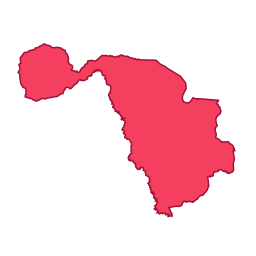 Chimichagua, Cesar, Colombia, rotated 174°
{"feature_id": "7082276B32164017339198", "entity_name": "Chimichagua", "entity_type": "district", "adm_level": 2, "iso_a3": "COL", "parent_name": "Colombia", "parent_adm1": "Cesar", "projection": "orthographic", "projection_center": [-73.748, 9.238], "detail": "fine", "context": "isolated", "style": "filled", "palette": "rose", "viewbox_px": 256, "rotation_deg": 174, "n_neighbors": 0, "source": "geoboundaries", "source_scale": "gbopen_adm2", "svg_char_len": 5849}
<svg xmlns="http://www.w3.org/2000/svg" viewBox="0 0 256 256"><g transform="rotate(174 128 128)"><path d="M29.4,73.1L28.0,74.1L27.3,75.4L27.1,81.9L26.3,83.2L25.3,87.0L25.7,89.3L25.8,94.1L25.4,94.8L25.0,93.9L24.5,94.2L25.0,95.0L24.5,95.0L24.8,95.4L24.5,96.0L24.5,96.8L25.2,97.8L25.5,99.4L27.0,101.0L26.7,101.3L27.2,101.1L28.5,101.8L29.1,103.3L30.5,104.0L33.4,104.0L35.0,104.3L36.6,104.1L37.7,106.1L40.1,108.2L41.9,109.2L40.8,112.4L41.8,116.9L41.4,117.1L41.1,118.8L39.1,121.1L39.9,124.6L39.6,128.1L37.9,130.5L34.6,133.0L33.8,135.2L34.3,137.0L34.4,139.2L35.7,139.8L35.9,142.0L36.6,142.2L37.3,143.0L36.6,144.4L35.6,145.0L35.1,146.1L54.9,149.8L55.2,149.5L55.5,149.7L56.0,149.5L56.2,149.9L58.0,150.1L59.8,151.2L60.3,151.2L62.4,148.6L64.8,146.7L66.4,146.7L69.2,147.8L70.1,148.6L70.8,150.7L70.8,152.3L70.1,155.0L66.0,161.2L66.0,166.7L69.8,173.0L71.1,174.5L82.6,183.2L84.7,185.3L89.6,188.4L92.2,191.7L93.3,192.5L109.5,194.6L110.4,195.5L111.5,194.7L112.7,195.4L113.1,196.0L114.1,196.3L115.0,196.1L116.3,197.1L119.3,197.8L119.4,198.4L120.2,198.6L120.5,199.2L121.8,199.5L123.5,199.3L123.8,199.8L125.6,200.5L125.8,200.9L126.6,200.8L127.5,201.4L128.1,200.9L128.9,200.9L129.8,200.0L131.0,200.5L132.2,199.9L133.6,199.9L135.2,200.5L135.9,201.2L136.8,201.1L137.9,202.0L139.5,201.3L141.5,202.2L142.9,202.5L144.7,202.4L146.2,202.9L153.2,198.0L155.3,198.4L157.3,199.2L159.1,198.9L160.5,199.1L161.2,198.5L161.7,196.4L163.1,196.0L164.8,194.8L165.0,193.4L166.7,193.1L167.7,192.4L169.1,190.8L169.6,189.6L171.0,188.5L172.0,188.6L173.0,189.4L173.0,189.9L173.8,189.2L174.3,189.3L175.5,190.6L178.2,191.2L178.1,191.8L177.0,193.2L176.7,195.4L177.5,196.5L178.9,197.1L180.2,198.7L180.5,201.3L179.9,203.0L179.9,204.6L180.9,207.9L182.0,209.4L182.5,211.9L183.8,212.4L184.3,213.0L184.9,212.9L186.2,214.5L189.6,215.6L194.8,215.7L196.9,217.8L199.4,218.8L200.7,219.0L201.3,219.9L203.3,220.4L204.9,219.2L207.0,218.7L209.2,217.4L212.1,217.2L212.5,215.8L214.5,215.7L216.1,215.3L218.0,215.4L219.6,214.0L222.8,213.9L223.7,213.6L224.3,212.4L225.2,211.9L225.3,211.4L227.5,209.5L228.0,208.0L227.9,204.7L227.5,204.1L227.8,203.4L229.1,203.2L229.9,202.3L229.1,199.7L229.2,198.4L229.9,196.6L231.1,195.6L231.5,194.7L230.0,192.8L230.3,188.2L229.9,183.6L229.4,181.8L228.2,179.5L226.1,178.3L225.3,176.9L226.1,172.4L226.6,171.7L227.0,169.7L222.4,167.7L221.0,167.4L219.7,166.1L216.4,164.3L212.8,165.2L211.1,166.4L206.8,165.6L205.5,166.1L194.7,166.9L191.1,169.0L189.1,169.0L187.9,171.9L186.3,173.1L186.1,174.1L185.5,174.8L183.8,174.8L182.5,174.2L181.9,173.2L180.4,173.3L177.6,175.8L177.3,176.5L175.4,177.0L173.8,178.3L171.9,180.6L170.5,181.1L169.9,180.4L169.1,180.4L168.7,179.8L168.0,180.0L167.1,179.8L164.3,180.5L163.0,181.4L163.0,182.3L162.2,183.4L161.3,183.8L159.8,183.5L159.9,183.9L158.6,184.2L158.3,185.8L157.1,187.0L155.7,187.0L155.7,187.6L155.1,187.7L155.1,188.5L154.6,188.0L154.5,188.3L154.1,188.2L153.6,188.6L153.2,188.4L152.7,189.0L152.4,188.8L152.4,187.9L151.7,188.6L151.4,188.4L150.8,188.8L150.5,188.1L150.0,188.2L149.8,187.7L149.4,187.9L148.9,187.6L148.4,186.8L148.7,186.3L148.0,185.3L148.1,184.2L147.4,182.8L146.2,182.9L146.2,182.4L145.7,182.3L145.3,181.7L145.1,180.6L146.0,179.5L144.8,178.2L144.8,177.1L144.4,176.2L144.9,175.5L144.4,173.4L142.8,173.1L141.2,171.5L140.6,170.0L142.1,165.5L141.8,165.3L143.1,164.6L143.9,162.5L143.5,161.7L143.0,159.3L142.6,158.9L142.9,157.9L141.7,156.7L141.6,156.1L141.2,156.0L141.5,155.8L141.2,154.4L141.5,153.5L140.4,153.4L139.9,152.4L139.7,151.6L140.9,151.1L141.0,150.3L138.9,148.4L138.7,147.4L139.1,146.7L138.2,146.2L139.4,145.5L138.5,145.9L137.7,145.6L136.7,144.6L136.1,144.8L135.9,145.4L135.5,145.3L135.3,143.8L135.9,143.4L134.4,142.3L133.9,140.4L133.3,140.4L133.0,139.1L131.2,138.1L133.5,138.0L133.8,137.7L133.7,137.1L133.3,136.7L131.8,136.7L130.2,135.2L131.0,131.7L131.7,131.2L131.9,129.7L132.7,129.2L134.1,126.9L133.8,126.4L132.6,126.2L132.2,125.7L132.0,124.6L133.0,124.0L132.8,122.7L132.0,122.6L131.2,121.8L132.0,120.1L132.1,118.8L131.9,118.5L130.8,118.6L130.1,116.8L128.7,117.0L127.4,115.4L126.9,113.8L126.3,113.3L126.2,112.4L126.4,109.5L127.0,109.3L126.8,107.5L127.5,105.0L126.8,102.9L128.9,101.6L129.1,100.2L130.2,100.1L130.3,99.1L130.9,98.4L130.7,97.1L130.1,97.2L129.8,96.9L130.6,96.3L130.4,95.9L129.7,96.0L129.0,95.0L127.4,95.4L127.0,94.7L126.3,94.5L126.2,93.5L125.4,92.4L124.3,92.0L124.1,91.3L124.6,90.7L124.6,89.8L124.1,89.2L124.2,88.1L122.7,85.8L121.4,85.8L120.9,86.2L120.4,85.8L120.1,87.1L119.7,86.7L118.8,87.5L118.0,87.1L117.3,87.2L116.8,86.7L117.2,84.3L115.2,83.2L115.5,81.3L115.0,80.4L115.2,79.1L113.6,78.2L111.8,76.3L111.8,74.9L112.3,74.4L112.2,73.4L111.7,73.3L111.7,73.0L112.2,72.0L113.4,71.6L113.9,70.9L113.1,70.4L113.3,69.6L113.1,68.8L111.8,68.0L112.6,66.8L111.5,66.0L112.2,64.6L111.4,63.8L111.9,61.8L110.6,61.7L111.0,60.6L110.8,60.3L109.6,61.2L109.1,60.6L109.0,59.8L109.8,59.2L109.3,57.9L109.8,56.1L108.6,55.8L108.8,54.7L107.0,54.4L108.2,52.5L107.0,52.7L107.2,51.5L106.5,50.5L107.9,49.2L108.0,48.2L109.5,47.8L109.5,46.9L108.9,45.6L110.3,44.8L109.4,43.7L108.1,44.3L107.7,43.2L106.8,42.5L108.2,40.8L106.9,40.6L105.7,39.2L103.9,40.2L102.8,39.2L100.2,39.8L99.7,37.8L96.7,38.2L96.7,37.5L97.6,36.3L97.3,35.7L94.5,36.3L93.5,35.6L93.1,37.7L94.5,40.7L95.0,43.3L95.5,43.6L95.8,44.7L87.4,45.2L86.8,44.8L84.3,44.8L83.7,45.4L82.6,45.5L82.2,46.9L81.5,47.5L81.6,48.0L79.7,49.3L79.0,49.2L78.1,48.2L76.3,48.6L74.9,48.4L74.1,48.7L72.8,47.9L71.7,48.0L71.4,47.5L70.9,47.4L70.5,48.1L68.5,48.8L67.7,50.2L66.4,50.0L64.4,52.5L62.6,53.3L60.4,53.4L55.9,57.8L55.0,59.4L54.7,60.7L53.7,61.7L53.8,71.3L52.4,71.4L51.4,70.7L51.1,71.5L49.0,71.3L48.2,71.6L48.1,73.4L47.7,73.7L47.6,74.6L46.9,74.9L47.0,75.3L45.7,75.6L45.2,75.2L43.7,75.4L42.7,76.2L42.4,75.9L41.6,76.9L40.4,77.0L39.3,76.6L37.7,75.0L36.7,74.6L35.7,75.1L35.3,74.7L35.4,74.2L34.4,73.7L34.1,72.8L33.0,72.6L32.8,72.9L31.9,72.3L30.5,73.1L29.4,73.1Z" fill="#f43f5e" stroke="#9f1239" stroke-width="1.5"/></g></svg>